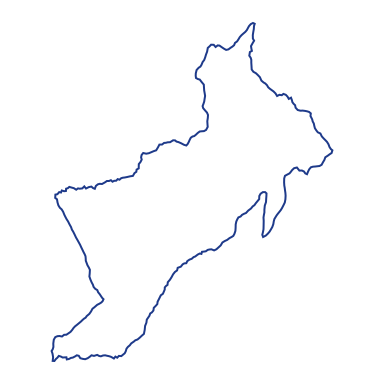 the district of São João da Lagoa, Minas Gerais, Brazil
{"feature_id": "56859067B20811044827275", "entity_name": "São João da Lagoa", "entity_type": "district", "adm_level": 2, "iso_a3": "BRA", "parent_name": "Brazil", "parent_adm1": "Minas Gerais", "projection": "equal_earth", "projection_center": [-44.337, -16.851], "detail": "fine", "context": "isolated", "style": "outline", "palette": "blue", "viewbox_px": 384, "rotation_deg": 0, "n_neighbors": 0, "source": "geoboundaries", "source_scale": "gbopen_adm2", "svg_char_len": 5678}
<svg xmlns="http://www.w3.org/2000/svg" viewBox="0 0 384 384"><path d="M299.4,170.6L301.9,170.5L304.0,171.5L305.3,173.4L307.0,174.2L308.1,171.5L309.2,169.3L310.9,167.3L312.9,166.7L315.3,166.5L317.8,166.2L319.5,166.0L321.6,164.8L323.0,162.2L324.4,159.9L325.3,157.3L327.9,155.6L329.5,154.4L331.6,153.0L332.4,150.3L330.9,149.1L329.5,147.0L328.5,144.3L327.0,141.9L325.4,140.2L323.8,138.6L321.8,136.4L320.4,133.5L317.8,132.3L316.4,130.5L314.9,128.2L314.3,125.9L313.8,123.5L312.7,121.5L312.2,119.4L310.5,116.0L310.8,113.4L309.0,111.9L307.0,111.3L305.0,110.9L302.6,110.6L300.4,110.7L297.7,110.0L295.6,107.7L295.1,105.2L293.7,103.9L292.4,102.2L291.9,100.1L291.0,97.7L288.8,98.9L287.5,96.6L285.8,94.8L283.4,93.9L281.8,95.2L279.4,94.8L277.1,96.0L275.5,93.4L273.5,91.4L271.7,90.1L269.8,88.7L268.2,87.3L267.0,85.2L265.2,83.4L263.6,82.5L261.4,80.6L259.9,77.2L257.8,75.0L255.9,73.2L253.4,71.8L251.7,69.5L251.5,65.9L251.3,62.8L251.3,59.8L250.7,57.8L249.3,55.7L249.9,52.0L251.9,50.9L251.4,48.7L251.0,46.1L252.6,43.2L254.1,40.7L252.9,38.6L252.8,35.1L253.3,31.9L253.8,29.1L254.0,26.0L254.7,23.8L252.9,23.0L250.8,24.1L249.0,26.1L247.9,28.1L246.9,30.0L245.3,31.9L243.3,33.6L241.5,35.2L239.8,37.1L238.6,39.1L237.1,41.4L235.0,42.9L234.1,45.2L232.4,46.6L230.7,47.7L228.4,49.4L226.1,49.9L224.0,48.7L221.9,47.3L219.5,45.6L217.7,45.4L215.6,47.0L213.7,44.8L211.1,44.7L209.4,46.5L207.8,47.9L207.1,51.7L206.0,54.6L205.2,57.3L204.2,60.0L202.6,62.1L201.5,64.8L200.4,66.6L198.7,67.7L196.6,70.0L195.8,73.3L195.7,75.8L196.0,78.0L197.8,79.0L199.8,79.6L201.7,82.1L203.8,84.6L204.0,87.8L204.2,90.6L204.6,92.8L205.1,95.9L204.6,98.9L204.2,101.6L203.4,104.0L202.6,106.1L203.2,108.2L205.3,110.7L207.0,112.6L208.0,115.0L207.8,118.0L207.3,121.2L207.5,124.4L207.7,126.9L206.1,129.9L204.0,131.1L201.4,131.3L199.7,131.5L197.8,132.9L195.7,134.9L194.2,136.1L192.5,136.5L190.8,137.7L189.8,139.6L188.7,142.1L187.6,144.1L186.3,145.5L184.0,144.8L181.2,143.3L178.5,142.1L176.5,141.6L175.1,140.4L173.1,140.3L170.1,142.2L167.7,142.3L165.8,142.8L164.1,142.9L162.1,144.5L159.4,144.6L158.0,147.3L156.2,150.3L153.6,151.2L151.5,152.1L148.9,153.2L146.2,153.7L143.2,153.0L141.6,155.0L141.1,157.3L141.7,159.6L140.5,162.0L138.8,164.1L138.7,168.4L136.6,169.6L136.3,171.8L134.5,173.1L132.9,175.9L130.2,176.3L127.2,177.0L124.7,177.5L122.9,177.7L121.2,178.2L119.5,179.7L117.7,179.1L116.2,180.7L114.2,180.8L112.5,181.7L110.9,180.2L109.0,181.0L106.9,181.0L104.9,182.4L102.0,184.0L99.8,183.8L97.9,184.3L95.9,185.9L94.8,188.8L93.1,188.1L91.4,186.6L88.8,187.1L86.0,188.5L84.3,186.4L82.3,188.4L79.7,188.7L78.0,188.4L76.2,189.7L73.9,188.2L71.0,187.4L69.3,186.9L67.8,188.2L66.1,188.7L65.9,191.0L64.1,191.2L61.8,190.5L61.0,192.5L59.2,192.1L57.4,194.2L55.4,194.6L55.2,197.9L57.0,199.3L57.5,202.4L58.4,205.4L59.9,207.8L61.6,209.3L63.1,211.7L64.4,214.9L65.5,217.1L66.5,219.0L68.1,221.5L69.5,224.3L71.1,227.2L71.9,229.6L73.1,231.5L74.7,234.7L76.0,237.5L77.4,239.9L78.9,242.6L80.1,244.8L81.2,247.2L82.6,250.1L83.6,252.2L84.6,254.1L85.5,256.2L85.7,258.4L85.8,260.8L86.6,262.9L87.5,265.3L88.8,267.5L89.9,269.8L89.7,273.5L89.4,276.5L90.4,279.5L91.7,282.5L92.9,284.7L93.6,286.9L95.2,288.8L97.3,290.1L98.1,292.2L99.8,294.3L101.1,296.3L102.2,297.9L103.5,299.2L102.6,301.2L101.3,302.5L99.4,303.7L97.2,304.8L95.6,306.2L94.1,307.5L92.5,308.7L91.0,311.5L89.3,313.9L86.7,316.1L85.6,317.7L84.1,318.6L82.5,320.0L81.1,321.4L79.2,323.0L76.9,324.9L75.1,326.3L73.5,328.0L72.2,329.9L70.5,331.9L68.2,333.5L66.4,334.7L64.1,334.8L62.0,336.5L59.4,336.0L57.4,336.2L55.3,337.1L53.8,339.7L53.3,343.5L53.4,347.0L52.7,349.3L51.6,351.0L52.5,353.6L53.1,357.2L52.7,360.9L54.4,361.0L55.8,359.1L57.4,357.7L58.8,355.9L61.0,356.6L62.6,357.5L64.7,357.4L66.4,357.3L66.8,359.4L68.9,359.0L71.0,357.9L72.8,357.6L75.1,356.4L76.8,355.3L78.8,355.8L80.3,358.2L82.9,358.9L85.2,359.2L87.7,358.2L89.7,356.8L91.5,355.3L94.0,355.9L97.2,354.9L99.2,356.0L100.9,356.3L103.0,355.5L105.1,355.3L107.2,355.8L108.7,356.1L110.7,356.7L112.4,357.6L113.9,358.5L115.4,356.6L117.2,357.7L118.9,355.9L121.3,356.1L123.1,354.6L124.7,353.3L125.7,351.4L126.5,348.7L127.9,346.9L129.8,345.3L131.2,343.4L133.8,341.6L135.3,340.3L137.5,339.5L139.7,337.7L141.8,335.7L143.9,333.9L144.7,329.9L145.1,325.9L146.4,322.7L146.8,319.6L148.1,317.7L149.4,315.8L150.2,313.5L151.9,312.4L153.4,310.5L153.8,307.8L155.7,305.9L157.3,304.1L157.6,301.7L158.9,299.2L160.8,295.3L162.9,293.8L163.9,291.5L164.7,289.6L164.8,287.4L166.0,286.0L167.5,284.9L167.8,282.2L169.9,279.8L171.6,277.1L173.1,274.3L174.9,272.0L177.1,270.4L177.7,267.8L180.8,266.7L182.7,264.3L184.3,263.4L186.3,263.2L187.3,261.1L189.5,259.6L191.7,258.8L193.6,257.1L195.2,256.5L197.8,254.5L199.8,253.5L201.4,253.9L202.0,251.8L203.8,251.6L205.8,251.3L207.7,249.9L209.4,249.5L211.4,249.3L214.1,250.4L216.4,249.3L218.5,247.4L220.7,245.4L222.4,242.5L224.8,241.0L227.2,239.9L229.5,238.1L231.6,237.0L233.3,235.9L234.4,233.9L235.4,230.9L235.6,228.0L235.7,224.4L236.3,221.5L237.3,219.3L238.4,217.4L240.6,216.5L242.0,214.9L244.0,213.8L246.0,213.0L248.2,210.6L251.0,208.5L252.7,206.4L254.4,205.2L255.8,203.2L257.7,200.9L259.2,199.1L259.3,196.0L260.6,193.7L262.9,192.1L265.1,192.1L266.5,193.4L266.4,196.0L266.2,198.5L266.0,202.1L264.8,205.6L264.4,209.7L264.4,212.4L263.9,214.9L263.5,217.5L263.7,220.9L263.6,225.8L263.5,229.3L262.9,232.4L262.3,234.8L263.1,237.0L265.8,235.6L267.8,233.7L269.6,231.6L271.1,229.1L272.3,227.0L273.3,224.2L273.8,221.2L274.4,219.0L275.5,217.2L276.6,215.4L277.8,213.8L279.1,212.2L280.7,210.2L282.0,208.1L283.5,205.2L284.8,202.5L285.4,199.3L285.6,195.7L285.4,192.9L285.0,190.2L284.7,187.8L284.3,185.6L284.1,182.4L284.2,178.4L285.0,175.8L287.2,174.6L289.5,173.4L290.7,172.0L292.1,170.1L294.1,168.2L296.9,167.5L299.4,170.6Z" fill="none" stroke="#1e3a8a" stroke-width="2"/></svg>